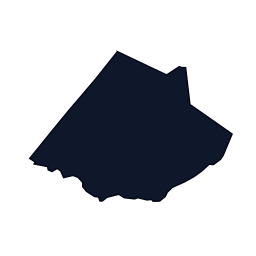 Robeson, North Carolina, United States of America, rotated 81°
{"feature_id": "52423323B67039522895977", "entity_name": "Robeson", "entity_type": "district", "adm_level": 2, "iso_a3": "USA", "parent_name": "United States of America", "parent_adm1": "North Carolina", "projection": "equal_earth", "projection_center": [-79.076, 34.626], "detail": "fine", "context": "isolated", "style": "filled", "palette": "ink", "viewbox_px": 256, "rotation_deg": 81, "n_neighbors": 0, "source": "geoboundaries", "source_scale": "gbopen_adm2", "svg_char_len": 973}
<svg xmlns="http://www.w3.org/2000/svg" viewBox="0 0 256 256"><g transform="rotate(81 128 128)"><path d="M150.3,26.2L148.4,28.1L144.7,31.9L120.3,57.2L114.5,63.2L77.7,61.7L77.4,61.7L76.7,65.6L75.5,67.8L81.7,81.6L50.9,126.6L51.0,126.6L51.4,126.9L53.6,129.4L75.2,153.0L81.5,160.4L83.0,162.1L83.4,162.6L87.3,167.1L92.0,172.6L100.7,182.9L101.8,184.1L108.6,191.8L108.8,192.0L112.6,196.3L114.2,198.0L114.3,198.1L114.6,198.5L123.8,208.8L125.7,210.9L142.7,229.8L147.0,225.0L148.8,226.3L153.5,213.4L156.9,213.3L159.1,209.8L156.8,204.3L159.8,201.2L166.9,199.3L166.2,189.8L168.8,185.1L174.6,181.2L178.9,181.8L183.9,179.0L190.3,171.9L191.6,167.8L195.6,167.1L196.0,164.7L193.1,159.7L192.0,147.4L196.2,142.7L199.0,132.5L198.3,129.3L202.0,120.5L202.2,115.9L204.2,114.7L205.1,108.2L201.4,101.9L197.6,99.3L193.6,93.7L189.9,80.3L186.2,70.2L182.4,62.7L176.5,53.5L177.4,49.6L177.4,49.4L177.4,49.2L173.3,41.5L170.0,38.4L150.3,26.2Z" fill="#0f172a" stroke="#020617" stroke-width="1.5"/></g></svg>